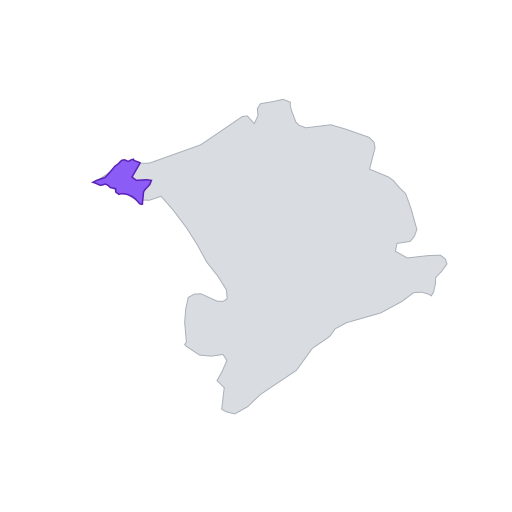 Ulcinj highlighted on a map of Montenegro, rotated 113°
{"feature_id": "MNE-1497", "entity_name": "Ulcinj", "entity_type": "Municipality", "adm_level": 1, "iso_a3": "MNE", "parent_name": "Montenegro", "parent_adm1": "", "projection": "equal_earth", "projection_center": [19.282, 41.979], "detail": "fine", "context": "in_parent", "style": "filled", "palette": "violet", "viewbox_px": 512, "rotation_deg": 113, "n_neighbors": 0, "source": "natural_earth", "source_scale": "10m", "svg_char_len": 1936}
<svg xmlns="http://www.w3.org/2000/svg" viewBox="0 0 512 512"><g transform="rotate(113 256 256)"><path d="M224.2,79.0L223.7,81.5L224.5,89.1L228.1,96.5L240.9,104.0L259.7,119.0L281.9,146.5L292.1,154.7L301.2,156.7L319.1,168.1L331.5,170.9L345.4,174.1L381.8,197.9L398.1,204.9L409.7,213.9L411.0,222.4L410.5,227.7L389.6,233.8L386.0,243.2L375.8,242.1L363.5,242.0L359.5,247.9L365.5,257.7L369.3,269.2L366.3,285.0L365.3,287.1L362.3,286.5L345.0,295.7L332.2,300.0L320.6,302.2L315.1,297.8L312.3,291.8L312.8,274.4L310.7,268.6L306.7,265.8L298.8,269.9L289.5,283.2L281.0,298.8L268.1,315.1L257.4,330.7L246.0,350.4L238.1,366.7L246.3,375.9L251.3,388.7L249.7,398.3L251.2,403.9L248.7,420.8L248.2,431.4L222.7,414.4L212.3,390.6L175.2,350.3L132.8,323.0L130.5,318.7L132.9,313.4L134.9,309.3L126.1,309.0L119.9,312.3L114.1,311.4L107.5,301.1L101.2,292.3L101.0,284.5L103.9,283.4L108.1,280.3L117.1,271.7L118.9,267.1L118.5,260.2L106.0,238.4L104.3,224.2L102.6,198.0L105.3,191.7L109.9,188.7L131.7,185.4L131.5,165.0L132.9,158.9L137.2,150.4L140.1,142.6L152.2,131.5L168.7,118.3L175.9,117.9L182.2,119.7L189.3,131.1L197.1,129.6L198.7,116.0L188.6,98.1L183.2,86.6L184.9,80.4L188.7,77.1L197.4,79.1L205.7,82.2L211.0,80.1L219.3,78.5L224.2,79.0Z" fill="#d9dde1" stroke="#a8b0b8" stroke-width="1"/><path d="M252.6,380.8L253.0,381.2L253.4,383.3L250.5,389.6L249.7,393.3L249.5,397.5L250.1,401.6L251.6,404.8L252.8,406.3L252.0,409.9L251.0,410.7L249.7,410.9L248.8,411.6L249.9,416.6L249.5,418.1L248.9,419.2L248.7,420.3L248.7,421.7L248.6,422.6L249.0,423.4L250.5,424.9L251.8,427.1L251.7,432.7L251.9,434.9L248.9,432.5L242.9,425.9L240.1,424.6L228.2,420.8L225.4,419.0L221.4,417.5L220.1,416.7L218.8,414.5L218.7,413.4L219.0,412.2L218.5,410.1L217.7,409.7L216.0,408.2L214.8,406.6L215.6,405.8L215.7,404.9L215.4,399.2L216.4,399.1L231.8,401.0L233.1,395.7L228.5,386.4L227.3,381.8L231.8,381.7L237.6,383.9L240.7,384.6L250.7,381.5L252.6,380.8Z" fill="#8b5cf6" stroke="#5b21b6" stroke-width="1.5"/></g></svg>